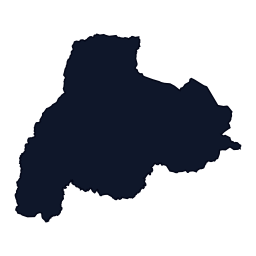 Meluco, Cabo Delgado, Mozambique
{"feature_id": "85939544B29216683074298", "entity_name": "Meluco", "entity_type": "district", "adm_level": 2, "iso_a3": "MOZ", "parent_name": "Mozambique", "parent_adm1": "Cabo Delgado", "projection": "natural_earth1", "projection_center": [39.629, -12.461], "detail": "fine", "context": "isolated", "style": "filled", "palette": "ink", "viewbox_px": 256, "rotation_deg": 0, "n_neighbors": 0, "source": "geoboundaries", "source_scale": "gbopen_adm2", "svg_char_len": 5736}
<svg xmlns="http://www.w3.org/2000/svg" viewBox="0 0 256 256"><path d="M217.5,158.4L219.1,153.9L219.4,151.0L219.8,150.0L222.3,149.5L225.5,149.7L229.6,146.9L230.6,147.1L233.9,149.4L238.0,149.1L238.8,148.6L239.2,148.0L240.0,148.4L239.8,147.6L240.3,146.8L240.2,146.1L240.6,145.9L240.5,145.3L239.4,144.9L237.4,142.9L235.7,142.6L234.4,143.1L232.7,141.7L231.6,142.1L230.2,139.8L229.7,137.8L225.1,135.5L224.1,136.0L223.3,136.0L221.6,135.0L220.9,134.1L221.8,133.7L224.3,131.4L229.0,128.1L229.6,128.0L229.9,127.5L229.5,126.8L229.3,125.2L228.4,123.9L228.3,123.2L228.8,122.0L229.9,121.0L230.7,119.2L230.7,117.9L231.4,116.0L231.1,112.8L231.8,111.9L227.5,106.5L226.7,106.3L223.5,106.7L217.7,105.6L206.8,87.2L206.3,86.8L203.7,85.9L194.3,80.1L191.3,78.6L190.1,79.4L189.8,81.5L189.4,82.3L185.2,84.6L183.7,86.9L182.7,87.8L181.0,88.3L180.1,90.5L178.7,89.8L174.4,86.4L170.0,84.0L164.2,83.5L161.0,82.7L159.2,81.8L152.5,79.8L144.2,76.8L142.9,76.0L142.0,73.9L140.0,73.9L139.3,73.6L137.7,72.1L137.1,70.0L135.2,68.8L135.1,68.2L135.4,67.0L136.6,65.3L136.9,64.0L135.5,58.5L135.9,56.2L135.7,54.2L136.2,53.7L135.6,52.7L136.6,51.9L136.4,51.4L136.1,51.3L136.1,50.3L136.9,49.3L138.5,48.4L138.4,47.1L139.7,46.3L139.0,44.9L139.2,44.5L139.1,43.1L139.7,42.2L139.5,41.1L139.7,40.0L138.7,38.8L138.7,37.0L135.2,37.6L132.8,36.7L131.8,36.7L130.8,37.7L129.6,38.1L128.6,39.1L127.4,38.3L125.0,37.8L123.5,38.4L120.5,38.0L119.3,37.5L118.2,37.6L117.3,37.2L116.1,35.7L109.1,36.5L105.5,35.5L103.8,34.7L99.8,35.3L96.8,34.3L95.9,35.2L94.5,35.3L94.1,35.8L93.9,37.0L93.3,37.4L92.8,37.5L91.3,36.8L90.0,36.9L88.0,38.4L87.0,39.6L85.7,40.2L84.9,41.0L82.8,40.0L81.1,40.1L80.4,40.4L79.9,41.4L79.2,41.7L76.3,41.3L74.5,42.0L74.0,43.7L72.4,46.1L72.8,47.7L73.3,48.6L73.1,50.3L71.9,51.2L71.4,52.0L71.6,54.4L70.3,55.9L69.8,58.4L69.4,59.0L68.4,59.4L67.4,61.6L67.1,64.5L66.5,65.8L66.4,67.1L65.3,69.0L64.4,73.2L64.0,74.3L63.9,75.1L65.2,76.6L65.6,77.6L65.2,79.0L64.6,79.8L64.6,80.9L64.2,81.4L64.5,82.9L64.1,87.0L63.5,88.6L64.2,90.9L65.2,92.3L65.2,92.8L61.7,95.4L60.6,97.1L59.7,97.5L58.4,99.0L57.3,101.8L55.9,103.1L52.8,104.8L51.5,106.4L49.0,107.9L46.7,108.8L44.4,112.2L42.8,113.5L42.7,115.7L40.2,119.9L40.4,121.5L39.2,122.6L36.4,122.9L35.6,124.2L35.1,125.5L35.1,126.5L34.5,127.4L34.7,129.5L34.4,131.2L35.0,132.1L35.1,132.8L34.2,134.0L35.1,135.2L35.0,136.5L34.3,137.2L33.1,137.3L32.2,138.1L31.0,137.9L28.8,138.3L28.1,139.5L27.9,141.0L28.6,142.9L28.5,143.5L27.9,144.0L26.2,144.1L25.4,145.1L25.3,146.1L25.7,147.8L25.1,149.0L25.3,151.1L24.2,152.1L23.5,153.6L22.7,153.5L21.9,153.9L22.3,154.8L21.9,155.1L21.5,155.0L20.7,155.8L21.2,156.6L21.0,157.5L20.5,157.8L20.2,157.4L19.8,158.2L20.6,160.5L20.0,160.9L19.9,162.0L20.2,162.5L19.8,163.3L20.5,163.6L20.8,165.0L20.4,166.3L21.4,167.3L21.2,167.8L21.9,169.3L21.0,170.0L21.3,172.3L21.1,173.6L20.7,173.8L20.6,175.2L20.2,176.3L20.6,177.0L20.4,178.1L19.8,178.5L17.5,182.2L17.1,182.0L16.9,182.4L17.5,184.4L17.5,185.7L18.4,186.6L18.6,187.7L17.8,188.5L17.6,189.4L16.7,191.0L16.8,193.0L15.5,194.3L15.4,195.7L16.2,198.6L17.0,200.4L17.0,201.7L17.6,203.4L18.7,205.2L18.5,205.7L17.6,206.6L16.6,207.1L16.6,208.1L16.1,208.8L15.9,210.0L17.2,211.1L17.9,213.0L21.2,213.9L22.2,214.8L27.5,216.6L34.5,216.4L36.7,213.5L39.2,212.5L40.7,212.5L41.5,212.9L41.9,213.6L42.2,216.8L42.7,218.1L45.0,220.2L45.4,221.0L45.8,220.9L46.0,221.7L46.3,221.7L46.7,221.3L47.4,221.4L47.6,220.6L48.1,221.0L48.5,220.9L48.5,219.7L49.7,218.5L49.7,217.9L50.7,217.7L50.6,216.9L51.4,216.7L51.5,216.1L52.2,216.3L53.0,215.4L53.4,215.7L55.0,215.5L56.7,214.7L57.5,215.2L58.9,214.2L59.1,213.5L59.9,212.8L60.3,211.8L60.0,211.2L60.4,210.5L61.4,209.8L61.8,208.7L61.7,207.7L60.7,206.8L60.6,205.8L60.8,205.3L60.5,204.2L61.0,203.4L61.0,202.5L61.5,200.8L62.2,200.1L62.5,199.2L63.2,198.9L63.2,198.2L62.8,197.7L63.1,197.1L62.8,195.6L63.1,194.9L64.0,194.3L63.3,193.3L63.7,192.0L62.5,191.1L62.2,189.8L62.5,189.6L62.7,190.0L63.0,190.0L62.8,188.5L63.1,187.7L65.0,188.2L65.9,187.9L66.1,187.5L65.2,187.0L65.7,185.3L66.4,185.3L67.1,184.7L68.2,185.3L68.5,185.1L68.7,183.2L69.6,182.5L70.3,181.4L71.2,181.4L71.1,180.4L71.9,180.5L72.4,180.2L72.6,180.4L72.8,181.7L72.0,182.9L73.3,184.3L75.5,185.0L76.1,186.4L77.2,186.8L78.4,186.8L79.2,187.8L80.5,188.2L80.6,189.6L81.8,189.0L83.2,189.3L83.5,190.0L85.3,191.3L86.6,190.9L87.2,189.7L88.1,190.5L89.4,189.2L89.7,188.5L91.3,188.4L92.6,191.0L94.5,192.7L94.8,192.6L97.0,189.6L97.3,189.5L97.9,190.2L97.9,191.6L99.2,193.2L100.3,195.4L101.2,195.5L102.1,194.8L104.9,194.2L107.7,194.1L112.2,196.6L112.9,197.8L114.0,198.2L114.5,198.9L115.9,199.5L116.6,199.4L118.0,197.7L119.1,199.0L119.9,199.2L121.3,198.4L121.8,197.3L127.3,198.4L129.2,197.3L130.5,197.6L131.6,197.4L132.4,197.9L133.8,196.9L134.8,195.9L135.1,194.8L136.3,194.1L136.8,193.0L138.2,192.7L138.7,192.0L139.6,191.8L140.2,190.4L140.2,189.7L141.0,189.1L141.3,188.1L142.3,187.8L143.1,188.4L143.5,188.2L144.1,187.3L143.9,186.4L143.4,185.8L143.7,185.2L144.4,185.1L145.1,185.6L145.6,185.4L145.7,184.1L144.3,181.8L144.3,181.1L145.0,179.6L144.8,179.0L143.8,178.2L144.9,177.7L147.9,173.3L148.5,173.2L149.2,174.0L149.9,174.6L150.3,174.5L150.4,173.5L150.0,172.8L150.4,171.9L151.8,171.8L152.5,170.4L152.3,168.8L151.4,168.1L151.3,167.5L153.7,164.8L154.5,163.4L155.2,163.3L156.8,164.4L158.1,164.5L158.4,164.4L159.1,163.4L161.2,163.3L161.7,164.8L162.0,165.0L163.4,164.4L165.9,165.1L166.9,165.9L170.0,170.9L173.5,171.5L175.6,172.4L177.0,172.5L178.4,171.5L182.3,171.3L185.5,170.3L186.5,170.8L187.5,172.2L188.4,172.1L188.9,171.3L189.7,171.0L192.3,170.7L193.8,170.8L196.3,171.7L197.1,170.3L198.9,169.0L200.7,168.4L201.6,168.5L202.1,168.1L202.7,168.2L203.7,167.6L204.9,164.5L205.7,163.7L205.9,162.3L207.0,161.9L207.5,161.0L209.2,160.8L210.3,161.3L211.6,161.3L213.8,160.5L214.6,160.8L216.0,158.8L217.5,158.4Z" fill="#0f172a" stroke="#020617" stroke-width="1.5"/></svg>